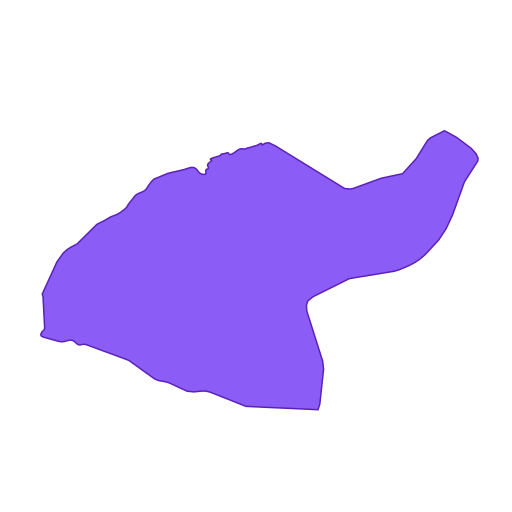 Gedarif, Equal Earth projection, rotated 98°
{"feature_id": "SDN-876", "entity_name": "Gedarif", "entity_type": "State", "adm_level": 1, "iso_a3": "SDN", "parent_name": "Sudan", "parent_adm1": "", "projection": "equal_earth", "projection_center": [34.825, 14.186], "detail": "fine", "context": "isolated", "style": "filled", "palette": "violet", "viewbox_px": 512, "rotation_deg": 98, "n_neighbors": 0, "source": "natural_earth", "source_scale": "10m", "svg_char_len": 2280}
<svg xmlns="http://www.w3.org/2000/svg" viewBox="0 0 512 512"><g transform="rotate(98 256 256)"><path d="M397.7,311.3L393.6,324.9L393.2,327.6L392.9,335.3L391.9,339.2L377.0,367.6L367.3,412.4L367.5,415.0L368.3,417.2L368.6,418.3L368.6,419.5L367.7,421.5L366.2,423.5L365.1,425.8L365.2,428.8L367.5,434.3L368.0,436.3L368.0,439.6L366.0,454.7L365.2,457.4L363.6,458.3L360.8,457.3L359.9,456.6L359.3,456.0L358.7,455.6L357.4,455.3L356.6,455.3L326.1,461.2L323.5,462.3L323.3,462.4L323.1,462.3L289.5,452.3L279.8,447.2L275.8,443.8L272.8,440.3L270.1,436.4L268.6,434.6L247.1,418.2L246.0,417.0L242.9,412.2L237.7,405.7L234.1,399.3L232.3,397.0L228.2,392.8L225.8,390.9L224.0,390.1L222.9,389.8L213.4,384.3L212.0,383.2L211.3,382.3L210.6,381.4L207.9,376.8L206.6,375.3L205.6,374.4L204.4,373.7L200.6,372.0L196.3,369.5L194.0,367.7L186.3,354.5L180.6,339.8L177.9,334.1L177.4,332.9L177.1,331.5L177.1,330.0L177.4,328.7L177.9,327.6L179.4,325.8L180.2,325.1L181.0,324.2L181.7,323.2L182.2,322.0L182.5,320.7L182.5,319.3L182.3,318.4L182.0,317.4L181.3,317.2L180.3,317.2L179.2,317.5L178.1,317.6L177.1,317.2L176.3,315.7L175.6,315.3L175.1,315.3L173.4,316.5L172.1,316.6L170.9,316.1L169.0,314.3L168.0,313.5L167.4,313.3L166.8,314.5L166.2,314.5L165.3,313.3L161.8,305.9L161.2,305.2L160.3,304.8L159.7,304.0L159.3,302.7L158.8,301.0L157.7,298.8L157.7,298.0L158.1,297.4L158.6,297.1L158.9,296.9L159.2,296.5L159.2,295.8L158.8,294.9L157.9,293.3L153.5,288.6L152.5,287.2L151.9,285.9L151.8,285.0L151.6,282.2L151.5,281.5L151.3,281.1L150.1,279.3L149.5,277.5L146.3,270.5L145.7,269.6L144.1,267.4L143.8,266.7L143.9,266.1L144.1,265.9L145.0,265.6L145.1,265.3L145.0,264.9L144.4,264.2L143.8,263.6L143.0,262.6L142.5,261.1L142.1,258.8L144.4,251.8L176.8,177.7L176.6,172.4L175.8,169.6L161.4,142.5L154.4,123.1L154.2,122.6L153.8,122.1L137.3,110.9L117.8,102.3L114.7,99.7L105.7,86.8L110.7,73.7L119.5,57.8L124.1,52.3L128.2,49.7L131.1,49.6L153.5,59.9L188.1,67.1L202.4,71.5L214.5,77.2L230.7,88.4L236.1,93.1L240.5,98.0L244.3,103.3L249.8,112.5L251.7,116.6L265.4,160.4L288.4,193.9L293.4,198.5L297.9,199.2L303.7,197.9L350.7,175.4L358.8,173.3L393.8,172.2L399.6,173.2L400.8,186.3L402.4,203.4L404.0,220.2L406.3,245.1L397.3,282.1L396.9,285.0L396.9,288.4L397.5,291.8L399.2,298.5L399.5,305.3L397.7,311.3Z" fill="#8b5cf6" stroke="#5b21b6" stroke-width="1.5"/></g></svg>